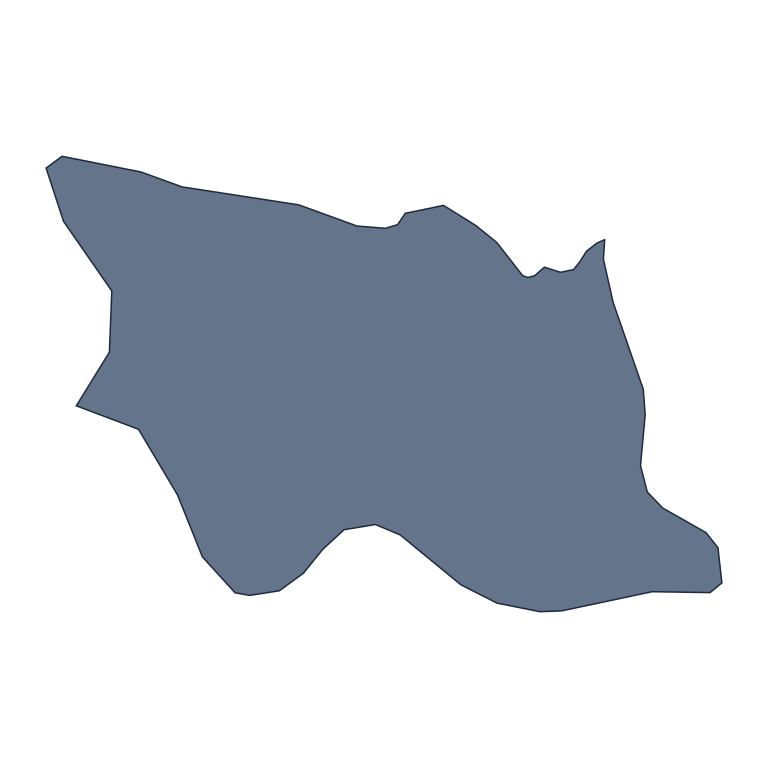 SVG path tracing the border of Ormož
{"feature_id": "SVN-1047", "entity_name": "Ormož", "entity_type": "Municipality", "adm_level": 1, "iso_a3": "SVN", "parent_name": "Slovenia", "parent_adm1": "", "projection": "robinson", "projection_center": [16.169, 46.439], "detail": "fine", "context": "isolated", "style": "filled", "palette": "slate", "viewbox_px": 768, "rotation_deg": 0, "n_neighbors": 0, "source": "natural_earth", "source_scale": "10m", "svg_char_len": 800}
<svg xmlns="http://www.w3.org/2000/svg" viewBox="0 0 768 768"><path d="M604.7,239.7L603.4,259.1L613.1,302.3L643.3,389.3L645.2,414.8L640.5,465.6L647.3,492.0L662.8,508.1L706.1,532.7L718.0,547.8L721.0,575.2L721.9,582.9L710.1,592.6L652.1,591.7L561.5,610.9L540.0,611.7L497.2,603.2L461.0,584.9L400.1,534.9L375.4,524.5L344.1,529.7L322.9,549.2L303.4,573.2L279.3,590.8L249.6,595.4L235.1,592.8L202.4,556.9L177.5,494.9L138.5,429.3L76.3,405.8L109.4,352.2L111.8,291.0L63.5,221.3L46.1,168.1L62.0,156.3L141.0,172.0L182.0,186.9L298.9,204.9L356.9,226.0L385.3,228.3L397.5,224.7L405.3,213.3L443.5,205.4L475.8,225.5L496.8,242.5L522.7,275.7L527.9,277.5L534.5,275.8L544.4,267.2L560.5,272.3L573.5,269.6L579.8,261.9L586.5,251.2L596.7,243.2L603.4,240.2L604.7,239.7Z" fill="#64748b" stroke="#1e293b" stroke-width="1.5"/></svg>